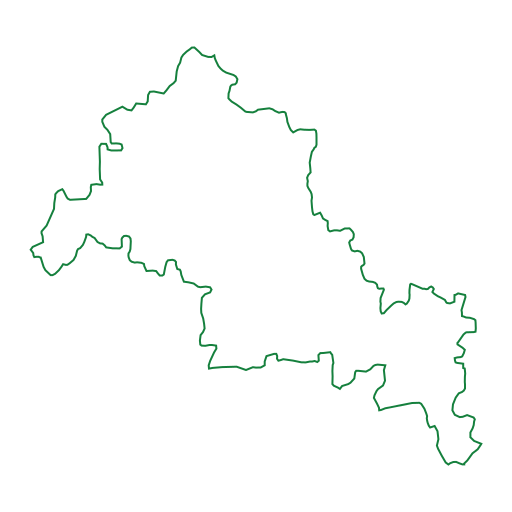 the district of Idleb, Idlib, Syria
{"feature_id": "27442178B9567094438554", "entity_name": "Idleb", "entity_type": "district", "adm_level": 2, "iso_a3": "SYR", "parent_name": "Syria", "parent_adm1": "Idlib", "projection": "albers", "projection_center": [36.811, 35.88], "detail": "fine", "context": "isolated", "style": "outline", "palette": "green", "viewbox_px": 512, "rotation_deg": 0, "n_neighbors": 0, "source": "geoboundaries", "source_scale": "gbopen_adm2", "svg_char_len": 6027}
<svg xmlns="http://www.w3.org/2000/svg" viewBox="0 0 512 512"><path d="M214.3,55.4L211.5,57.0L208.1,56.9L202.1,55.0L199.3,52.0L194.4,47.5L191.8,47.6L189.8,49.3L186.7,51.5L183.2,54.8L181.4,57.5L180.1,62.7L178.1,66.1L176.7,71.4L175.7,80.7L173.6,83.1L169.7,86.0L166.4,90.4L163.7,93.5L153.9,91.5L149.9,91.8L148.1,95.0L147.7,101.4L145.9,104.3L136.2,103.5L133.6,107.7L131.5,110.4L127.3,109.7L122.4,106.7L106.1,114.8L102.3,119.5L102.3,121.8L104.4,126.8L107.4,129.8L110.2,134.1L110.7,142.1L111.7,143.5L116.5,143.4L119.5,143.7L121.6,144.5L122.5,148.1L121.1,150.4L111.4,150.5L107.6,149.4L107.5,147.2L106.1,143.9L101.3,143.8L99.4,146.7L99.9,161.7L99.7,169.0L100.1,179.4L102.2,182.6L102.3,184.6L100.2,184.7L96.5,184.1L91.3,184.8L90.8,187.1L91.0,191.1L89.5,194.9L86.2,198.9L70.0,199.8L67.7,198.6L66.5,196.8L63.5,190.8L62.3,189.2L58.2,191.1L56.5,192.8L55.3,194.3L55.2,197.4L54.3,203.0L54.0,208.9L46.6,225.6L41.6,231.4L41.5,233.1L42.6,236.3L43.1,242.2L32.7,246.9L30.7,249.7L33.2,253.0L33.5,255.4L34.3,257.1L36.3,256.8L38.8,256.8L39.8,257.4L40.7,257.5L43.6,266.9L45.4,270.2L50.6,275.1L52.6,275.1L55.1,273.8L58.9,270.2L61.5,266.7L63.1,264.2L65.9,264.9L67.4,264.8L69.6,263.3L73.5,260.0L75.8,255.9L77.1,250.7L78.0,249.1L80.2,248.1L82.9,244.9L84.3,241.9L86.1,236.9L86.3,234.6L88.2,234.3L90.8,235.5L92.3,236.8L94.6,238.0L97.5,242.0L100.1,243.4L102.6,243.6L104.7,245.4L106.2,247.4L112.5,248.3L119.7,248.4L121.9,246.6L121.6,239.1L122.3,237.6L124.0,236.0L126.2,235.8L129.0,236.5L130.5,238.5L130.8,241.3L130.4,249.1L129.7,251.6L128.5,253.4L128.4,255.7L128.7,257.4L129.8,260.2L131.6,261.7L134.7,262.6L137.1,262.3L141.4,262.8L144.0,264.0L144.3,266.2L146.5,271.0L152.7,270.6L156.2,271.1L157.8,273.3L159.7,275.5L162.4,275.5L163.8,274.5L165.3,266.7L166.6,262.1L168.0,260.3L172.5,259.8L174.7,260.5L176.0,262.0L175.9,264.5L177.3,269.0L179.9,269.7L180.7,271.4L181.3,274.9L183.9,281.7L188.4,282.3L193.7,283.5L198.0,286.7L200.3,287.2L205.8,286.6L210.1,287.3L211.5,289.6L210.1,292.4L205.0,294.3L201.9,297.8L201.4,303.6L201.1,308.9L201.3,312.9L203.2,318.5L204.1,323.8L204.6,328.5L203.0,332.1L200.6,335.1L199.9,340.6L200.3,344.6L201.6,345.6L205.3,345.8L209.5,345.0L212.0,345.0L216.1,345.6L216.4,348.6L214.1,352.4L210.2,360.8L208.7,365.3L209.0,368.6L212.7,367.9L222.3,367.1L236.6,366.7L246.0,370.0L252.9,367.2L255.9,367.6L260.7,367.5L264.7,365.3L264.7,361.5L266.5,356.1L274.0,353.9L276.3,353.9L277.2,356.1L277.0,358.7L278.4,360.7L281.0,360.0L283.2,359.2L293.0,360.6L301.3,362.3L305.7,362.4L310.1,361.5L312.3,361.5L314.6,361.0L317.3,362.0L318.8,360.7L318.4,355.1L320.3,353.1L323.3,353.0L330.3,352.2L330.9,353.3L332.2,354.8L333.4,363.0L332.7,365.0L332.4,371.0L332.6,376.3L332.4,384.1L333.8,385.7L337.9,387.6L339.9,388.9L342.1,386.0L348.2,384.1L350.5,382.7L354.3,378.5L355.2,372.2L356.2,370.8L358.4,370.8L366.0,371.6L370.3,369.3L373.5,365.9L375.3,365.0L377.7,364.6L385.3,365.3L383.9,370.1L385.0,380.7L383.0,385.5L378.0,389.1L376.5,391.1L374.5,395.3L373.9,397.9L377.0,403.6L379.0,407.8L379.2,410.3L381.0,410.0L385.2,408.3L412.1,403.0L419.3,402.8L421.2,403.8L424.4,408.7L426.2,413.3L427.1,416.1L426.8,418.3L427.2,420.9L427.7,422.9L428.8,425.7L430.1,427.5L434.6,426.0L437.5,431.2L438.4,439.2L436.9,445.6L438.1,448.8L441.8,455.8L445.7,462.5L448.4,464.5L450.2,463.2L453.3,462.0L456.1,461.9L459.6,463.4L462.4,464.4L464.2,464.4L464.1,463.6L467.3,460.5L472.5,453.3L477.7,449.3L480.8,444.7L481.3,443.8L474.2,441.0L470.4,437.3L470.4,432.5L472.6,428.4L473.7,425.1L474.1,421.5L474.8,419.3L473.6,417.5L467.1,415.1L462.7,416.8L459.7,417.1L454.8,414.8L452.4,410.3L453.0,404.3L455.7,397.6L458.8,393.3L462.0,392.0L463.8,390.6L465.0,388.5L465.0,384.3L464.8,382.0L464.9,376.8L465.2,373.6L464.9,370.1L464.7,368.5L463.2,368.0L463.2,363.7L457.1,362.9L455.6,362.4L455.0,360.6L454.7,358.1L457.3,357.4L460.7,357.1L462.2,356.4L463.8,353.2L464.8,349.8L462.5,347.7L457.5,344.4L457.4,343.0L458.2,342.1L463.5,334.5L465.7,332.6L466.6,332.3L473.7,332.1L475.5,331.7L475.8,328.5L475.6,322.6L475.4,320.2L474.0,319.1L469.9,317.8L466.0,317.5L463.6,316.5L462.0,316.1L461.9,312.5L461.5,310.1L465.5,297.0L465.1,295.0L458.1,293.4L455.7,294.8L454.5,295.0L454.4,301.7L450.0,303.4L447.1,303.0L446.3,302.4L444.9,299.9L440.6,297.5L437.8,296.2L433.8,293.5L432.4,292.0L433.8,289.0L432.8,287.5L431.2,286.5L429.4,287.4L427.8,289.0L426.2,289.2L424.3,288.7L422.7,288.8L412.4,284.3L411.0,283.8L410.2,284.4L409.5,289.8L409.4,293.1L409.6,294.7L409.4,298.6L408.8,300.6L406.8,303.6L405.5,304.4L403.8,302.9L401.7,301.9L398.4,301.7L396.4,302.0L393.7,303.4L391.4,305.4L386.6,310.0L383.9,313.2L381.7,313.5L380.7,311.3L380.4,308.1L380.8,303.6L380.4,301.7L380.6,298.0L383.9,289.7L383.4,288.5L381.4,288.5L379.3,288.8L377.9,288.2L377.3,286.6L377.0,284.6L375.2,282.8L372.8,281.9L369.1,281.5L366.6,280.7L364.5,278.8L362.8,274.8L361.1,268.7L361.2,266.7L362.0,265.9L363.5,265.0L364.5,263.6L363.8,257.0L362.1,253.3L360.2,251.6L357.4,250.8L354.7,251.4L352.0,250.5L351.0,248.9L349.6,244.2L349.2,242.5L350.3,240.5L352.4,239.6L353.6,237.3L353.8,234.2L352.9,232.0L350.9,229.7L349.5,228.4L344.7,228.5L340.1,230.8L336.8,230.3L334.3,230.3L330.0,231.4L328.3,230.1L327.6,226.0L327.8,223.2L327.6,221.1L325.4,220.0L323.0,218.5L321.7,215.5L320.1,212.7L314.4,215.0L313.3,214.3L312.5,211.4L312.0,207.3L311.5,200.7L312.0,197.5L311.6,194.1L310.7,191.8L308.3,188.0L307.4,185.9L307.4,183.7L307.8,181.2L307.1,177.8L308.2,175.1L310.6,172.4L310.3,168.3L309.7,162.6L310.9,156.2L311.9,151.8L313.7,149.3L314.4,147.8L315.8,146.8L316.5,144.7L316.5,137.4L316.4,133.6L315.9,130.7L314.4,129.6L309.5,129.9L304.0,129.7L300.2,129.3L297.5,130.0L293.2,132.4L290.8,130.0L289.3,127.0L287.4,121.9L286.9,118.2L285.9,114.5L285.8,113.3L284.6,112.1L282.7,111.9L280.9,112.2L279.0,112.7L275.1,111.0L272.6,109.3L269.3,108.3L258.0,109.7L255.9,111.3L252.9,112.4L246.6,111.9L245.3,111.5L240.8,107.7L236.4,104.5L231.7,101.6L229.3,99.3L228.4,98.2L228.6,93.4L229.5,90.8L230.3,86.7L231.0,85.6L232.3,84.7L235.1,84.3L236.6,82.7L237.4,79.2L235.8,76.5L233.5,75.0L226.2,72.6L222.8,70.6L220.6,68.6L218.4,66.0L215.8,60.6L214.8,58.1L214.3,55.4Z" fill="none" stroke="#15803d" stroke-width="2"/></svg>